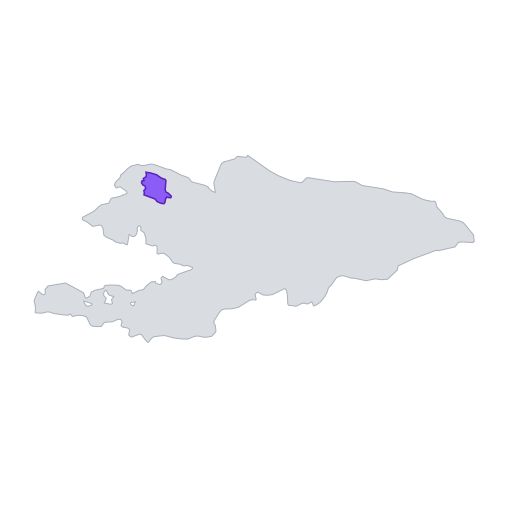 location of Bakay-Ata, Talas, Kyrgyzstan, rotated 7°
{"feature_id": "92254566B8292928272806", "entity_name": "Bakay-Ata", "entity_type": "district", "adm_level": 2, "iso_a3": "KGZ", "parent_name": "Kyrgyzstan", "parent_adm1": "Talas", "projection": "natural_earth1", "projection_center": [71.964, 42.346], "detail": "fine", "context": "in_parent", "style": "filled", "palette": "violet", "viewbox_px": 512, "rotation_deg": 7, "n_neighbors": 0, "source": "geoboundaries", "source_scale": "gbopen_adm2", "svg_char_len": 4196}
<svg xmlns="http://www.w3.org/2000/svg" viewBox="0 0 512 512"><g transform="rotate(7 256 256)"><path d="M109.2,304.2L110.5,303.4L114.6,302.6L122.8,301.8L125.6,302.4L131.3,305.6L135.6,305.2L136.4,305.7L138.0,308.4L144.0,304.4L148.3,303.2L150.6,299.2L155.2,294.4L159.2,293.6L159.3,294.4L160.0,295.1L164.1,296.2L165.3,294.9L166.0,293.2L164.6,290.4L164.5,289.2L165.8,287.5L172.3,290.1L173.7,290.1L176.7,288.6L179.4,286.0L180.4,283.9L193.6,277.3L194.6,276.1L194.4,275.2L188.8,273.6L186.3,274.5L184.0,274.5L182.6,273.5L175.8,273.2L174.3,272.5L169.9,267.7L164.3,264.6L161.6,264.8L158.4,266.1L157.4,265.5L157.1,261.0L156.5,258.3L154.6,257.6L152.1,258.7L145.3,257.2L144.5,251.5L142.0,246.5L138.4,244.5L138.3,241.5L137.0,240.2L135.9,240.6L134.6,242.1L135.2,245.4L134.7,248.8L133.9,250.4L132.3,251.7L130.6,251.7L127.5,250.0L127.0,260.1L126.4,260.7L122.7,259.3L119.7,259.9L115.3,259.3L112.0,257.6L105.6,255.7L102.5,253.9L100.7,247.1L98.9,244.7L97.3,244.2L90.4,246.5L83.4,242.4L79.9,241.5L79.0,240.3L79.2,238.7L89.9,231.2L94.1,226.0L96.8,223.8L103.5,221.5L105.0,216.8L105.6,216.2L112.4,213.9L120.1,209.8L120.2,208.6L119.5,207.6L112.6,203.8L109.1,205.6L107.0,203.4L107.1,201.1L109.4,197.2L111.3,195.3L112.1,191.5L114.9,189.0L117.8,185.1L121.2,181.8L127.7,179.4L131.2,180.2L134.6,179.6L139.8,177.7L143.0,177.5L156.3,180.5L160.8,180.7L171.1,184.6L179.3,186.5L183.2,190.3L196.3,192.0L199.9,193.1L201.2,194.9L204.9,197.2L208.0,197.7L205.2,188.7L206.3,183.3L210.3,168.7L212.5,166.5L223.0,162.3L225.5,159.3L233.1,159.3L234.7,158.8L235.5,157.1L259.2,169.9L268.1,173.5L280.5,176.8L291.0,177.9L292.8,177.1L296.9,172.1L298.8,171.9L324.7,172.8L343.2,170.1L345.9,170.3L352.9,173.1L374.8,173.9L383.5,175.8L397.1,175.1L402.9,175.4L413.3,179.0L417.0,179.8L423.8,180.4L426.3,179.8L427.8,180.6L429.4,185.1L436.0,191.0L438.4,194.1L440.9,195.3L453.1,196.3L457.7,197.5L469.2,208.4L470.8,214.8L469.7,216.2L457.8,217.0L455.1,218.0L452.4,222.7L436.5,228.5L434.1,228.4L413.0,239.3L398.3,248.5L397.8,253.0L389.3,263.1L382.8,264.3L377.3,264.1L368.3,267.1L356.6,266.1L352.6,266.3L345.0,264.9L341.9,265.6L338.7,267.6L334.3,275.7L332.5,277.6L331.7,279.4L331.0,283.4L329.4,287.5L325.6,293.8L322.4,296.8L319.4,298.6L317.0,294.7L313.0,297.4L309.3,296.9L307.0,297.7L301.9,301.0L294.3,300.9L293.4,299.7L291.8,290.5L290.4,286.2L289.3,285.2L287.9,285.1L277.1,292.3L272.0,293.6L267.8,293.8L262.3,291.7L261.2,292.2L260.2,293.4L259.9,294.8L261.5,299.0L261.0,299.8L258.6,299.7L255.2,300.6L244.7,309.2L238.1,311.4L231.9,312.3L228.3,313.8L226.2,317.0L222.2,325.7L222.4,327.6L224.1,330.0L225.4,335.3L225.1,336.7L221.8,341.1L217.6,342.4L214.3,343.0L208.0,342.5L204.7,343.3L198.7,346.7L193.8,347.3L184.4,347.4L175.3,346.1L172.3,346.6L164.2,348.6L161.4,351.7L159.9,354.5L159.1,354.9L155.9,352.3L151.8,347.8L149.7,347.9L142.4,351.6L141.4,351.5L139.3,350.0L139.5,344.3L137.2,343.1L132.2,342.8L130.5,341.6L131.1,337.9L130.5,336.5L129.2,335.4L126.7,335.7L121.5,338.8L115.4,339.9L113.3,340.8L110.9,344.9L102.8,345.7L100.2,344.8L95.3,337.3L91.1,336.2L86.8,336.5L81.0,338.4L79.6,336.8L78.1,336.4L76.8,337.7L69.7,337.9L62.4,337.7L58.3,336.8L55.6,336.9L50.3,338.9L43.8,339.3L43.1,332.4L41.2,327.7L43.2,320.0L44.3,317.5L49.2,320.4L51.0,319.9L51.4,318.4L50.7,314.9L53.2,311.1L70.3,306.0L89.3,313.5L91.8,318.4L93.4,318.2L96.1,316.0L96.9,311.8L100.6,309.5L108.7,306.7L109.2,304.2ZM118.9,321.2L119.3,320.5L117.9,316.9L119.8,313.5L115.9,313.0L114.0,312.0L111.8,308.6L111.1,308.4L109.9,309.4L109.3,311.6L109.8,314.0L112.6,316.3L111.3,321.1L116.9,321.6L118.9,321.2ZM99.1,324.5L98.9,323.5L97.6,323.0L90.5,321.7L90.7,322.7L93.5,326.2L95.5,326.4L99.1,324.5ZM141.4,318.4L141.8,316.1L137.6,317.5L137.1,318.6L138.5,320.0L140.4,320.5L141.4,318.4Z" fill="#d9dde1" stroke="#a8b0b8" stroke-width="1"/><path d="M156.6,191.0L155.3,190.9L152.1,190.0L147.5,187.5L141.8,186.5L136.6,186.2L137.2,188.4L137.3,190.6L134.7,192.8L135.6,194.9L133.7,195.3L133.4,197.2L134.9,199.2L137.3,200.1L138.3,202.5L136.7,204.7L137.4,206.7L137.4,209.0L148.8,211.7L151.2,214.0L154.1,215.0L156.8,215.4L158.3,215.3L159.1,213.8L159.3,210.7L160.1,208.4L161.8,208.7L164.4,208.5L164.7,207.0L161.2,204.3L158.9,203.5L157.8,201.4L157.4,192.3L156.6,191.0Z" fill="#8b5cf6" stroke="#5b21b6" stroke-width="1.5"/></g></svg>